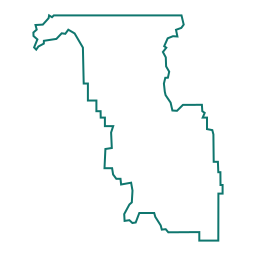 Bannock, Idaho, United States of America (orthographic projection)
{"feature_id": "52423323B14195379184896", "entity_name": "Bannock", "entity_type": "district", "adm_level": 2, "iso_a3": "USA", "parent_name": "United States of America", "parent_adm1": "Idaho", "projection": "orthographic", "projection_center": [-112.285, 42.639], "detail": "fine", "context": "isolated", "style": "outline", "palette": "teal", "viewbox_px": 256, "rotation_deg": 0, "n_neighbors": 0, "source": "geoboundaries", "source_scale": "gbopen_adm2", "svg_char_len": 1234}
<svg xmlns="http://www.w3.org/2000/svg" viewBox="0 0 256 256"><path d="M33.5,36.0L37.4,39.4L34.1,47.4L36.2,49.6L38.4,46.5L43.8,43.6L43.9,40.8L56.4,38.9L61.7,33.3L65.3,33.8L68.3,29.7L74.6,33.4L82.9,47.6L83.7,83.5L87.9,83.5L87.9,100.5L96.4,100.5L96.4,111.2L100.6,111.2L100.7,117.6L104.9,117.6L104.9,126.1L113.2,126.1L111.1,132.5L111.8,148.0L105.4,149.0L104.5,168.2L112.1,168.2L113.1,174.5L116.3,178.8L120.5,178.8L121.1,184.5L131.1,182.7L132.5,190.6L131.8,202.4L129.4,204.5L124.2,214.1L124.6,220.9L129.4,220.2L132.4,223.0L135.7,222.5L139.3,213.0L154.2,213.0L155.3,216.9L160.7,225.4L161.8,229.6L165.7,229.2L168.3,232.3L199.3,232.1L199.3,240.6L218.3,240.6L218.4,193.6L222.6,193.6L222.6,185.0L220.5,185.0L220.4,172.2L218.3,172.2L217.9,161.8L213.7,161.8L213.4,134.4L212.3,130.1L207.0,129.1L207.0,117.6L202.7,117.6L204.7,112.9L202.3,111.2L201.9,104.8L182.9,104.9L177.0,110.8L172.4,110.5L170.6,102.6L165.6,95.2L164.8,91.7L163.9,83.6L165.3,77.8L167.9,77.7L169.2,71.7L166.1,66.4L165.8,57.4L162.9,52.0L166.3,47.7L164.2,46.2L167.7,38.3L173.0,36.2L177.4,36.5L176.0,29.8L181.3,27.9L183.7,24.6L181.5,15.4L53.8,15.4L52.0,17.2L49.1,15.4L48.6,18.2L42.8,24.6L35.5,25.0L36.7,29.6L33.4,32.5L33.5,36.0Z" fill="none" stroke="#0f766e" stroke-width="2"/></svg>